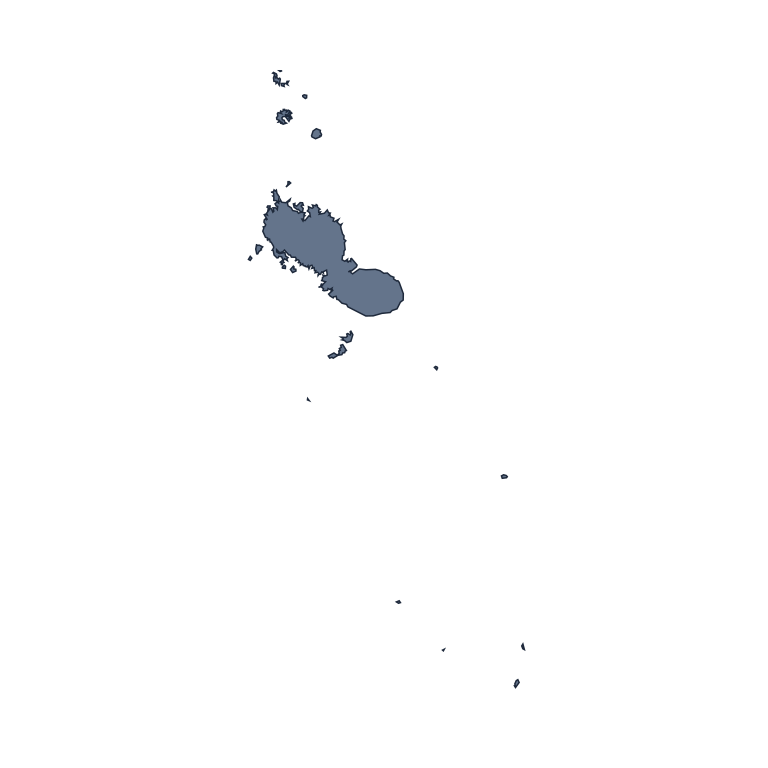 Kepulauan Sangihe, Sulawesi Utara, Indonesia (orthographic projection), rotated 159°
{"feature_id": "22746128B28296608330436", "entity_name": "Kepulauan Sangihe", "entity_type": "district", "adm_level": 2, "iso_a3": "IDN", "parent_name": "Indonesia", "parent_adm1": "Sulawesi Utara", "projection": "orthographic", "projection_center": [125.547, 3.902], "detail": "fine", "context": "isolated", "style": "filled", "palette": "slate", "viewbox_px": 768, "rotation_deg": 159, "n_neighbors": 0, "source": "geoboundaries", "source_scale": "gbopen_adm2", "svg_char_len": 6170}
<svg xmlns="http://www.w3.org/2000/svg" viewBox="0 0 768 768"><g transform="rotate(159 384 384)"><path d="M368.1,548.3L369.8,552.0L367.3,554.0L372.0,553.3L373.2,554.4L371.3,556.7L374.2,559.3L373.8,561.0L375.1,561.2L372.9,562.8L374.4,563.7L374.6,566.8L378.4,564.8L383.6,565.7L381.6,567.4L383.4,567.7L382.7,569.7L381.1,570.1L382.7,573.0L382.2,574.7L383.0,575.8L384.0,574.8L386.7,576.7L386.7,574.1L388.2,573.8L391.0,576.6L391.7,574.1L393.6,573.0L392.0,570.6L392.8,566.7L393.9,567.9L399.2,564.9L400.2,566.0L401.2,565.1L401.6,567.4L400.0,566.9L398.5,569.3L397.4,569.4L398.2,570.6L396.3,572.1L400.0,574.1L402.7,574.0L403.1,576.0L407.1,578.7L407.5,581.9L409.7,584.6L409.5,586.8L408.8,588.2L406.5,588.6L405.3,590.2L410.7,588.4L414.3,590.3L414.7,593.0L415.2,592.0L417.3,591.9L417.6,590.7L418.6,592.2L421.2,591.3L420.8,588.7L419.6,587.9L421.1,585.1L421.7,587.1L424.5,588.3L424.9,584.8L426.2,584.2L426.4,588.3L427.5,588.6L432.5,585.4L432.4,583.6L433.8,585.0L435.1,585.0L434.1,579.7L434.9,579.5L435.1,580.9L437.0,580.1L438.1,578.1L437.4,575.0L439.0,573.6L440.4,574.0L440.5,572.4L442.4,570.1L442.1,563.5L440.4,562.1L441.3,560.4L440.9,559.7L440.0,560.7L438.9,560.3L439.4,557.4L438.5,556.8L437.8,552.2L438.2,550.7L440.5,548.9L439.6,548.4L440.4,543.8L438.7,540.0L437.5,539.8L436.5,540.9L434.0,539.5L433.9,536.0L437.1,534.9L436.5,534.3L437.0,532.3L436.1,531.8L435.3,533.3L433.8,533.3L434.3,534.9L432.0,536.6L430.0,533.8L429.9,535.7L428.3,536.4L429.9,538.5L429.5,542.3L435.0,543.2L436.9,545.8L436.1,547.9L434.2,543.8L431.0,543.8L428.9,544.8L426.6,538.6L425.2,537.9L425.0,535.6L421.2,534.0L421.1,531.9L423.0,530.6L419.9,531.0L419.2,530.1L419.0,529.1L421.1,527.7L419.9,528.1L418.6,527.1L419.6,524.8L416.8,525.4L417.0,523.6L415.5,522.4L414.9,523.0L415.3,521.9L413.8,520.8L412.5,521.7L412.8,518.4L410.5,520.9L408.7,520.7L408.6,519.1L410.0,517.8L407.5,517.6L408.3,514.8L407.0,514.3L408.5,512.6L405.9,512.1L405.1,510.2L406.5,509.5L406.7,508.9L405.4,509.8L404.3,509.2L401.9,510.9L400.8,509.3L400.5,510.6L396.8,510.9L397.9,506.1L400.0,506.0L402.0,507.5L401.8,505.9L403.3,505.4L404.5,502.9L405.7,503.3L401.9,500.4L405.2,498.9L406.6,499.8L407.4,499.0L406.4,498.2L406.3,497.9L406.7,497.8L410.5,497.8L407.9,497.3L406.3,494.6L407.5,493.3L406.5,492.5L403.1,491.7L402.0,493.2L400.7,491.7L398.2,492.1L399.4,490.7L398.5,490.8L398.3,489.8L403.5,487.8L402.8,485.5L400.6,482.6L399.8,483.4L397.2,483.0L397.7,479.9L396.4,479.1L394.3,474.5L390.4,471.7L390.1,469.0L376.6,454.0L369.6,451.5L360.6,450.7L352.6,448.5L350.2,449.7L344.9,449.5L339.4,454.5L336.0,455.5L333.6,461.4L333.4,473.5L334.0,475.4L335.3,475.7L337.4,478.7L336.5,480.1L339.2,482.6L341.1,486.4L344.5,487.4L347.1,491.2L350.9,494.1L359.9,497.1L365.8,500.2L373.8,498.1L374.9,499.7L375.1,501.7L377.2,501.4L375.2,501.8L374.6,501.7L374.9,501.1L373.7,501.2L367.8,503.2L366.5,504.7L369.3,512.8L370.1,512.8L371.2,510.3L372.4,511.4L373.8,510.7L374.5,511.8L373.4,513.5L376.6,512.6L378.6,515.0L376.8,518.5L375.3,518.7L373.7,522.4L372.1,523.4L370.3,530.2L368.3,531.4L369.6,533.7L368.2,536.6L368.9,538.9L368.4,544.6L367.8,547.0L366.1,548.5L368.1,548.3ZM385.1,662.7L381.6,662.5L382.9,664.2L382.6,665.9L384.2,667.2L383.9,669.1L382.7,669.8L380.3,669.2L378.6,663.3L376.8,665.0L374.8,664.9L374.7,666.3L377.1,666.5L374.6,668.0L376.7,667.8L379.6,669.0L379.4,670.7L376.3,669.0L373.0,669.9L373.5,671.1L375.8,671.0L374.0,672.5L375.2,673.9L376.6,673.1L377.7,672.9L376.8,674.6L378.5,675.0L378.4,676.0L379.7,676.4L380.0,675.2L381.6,674.8L382.7,675.9L383.4,674.9L382.8,673.2L385.6,675.3L386.6,674.7L387.1,672.2L388.9,671.1L389.2,669.4L387.1,667.5L388.9,666.4L386.6,665.9L387.0,664.5L386.1,663.8L385.5,664.5L385.1,662.7ZM416.6,427.3L412.8,426.5L411.4,427.8L409.5,427.3L408.4,428.7L407.1,428.7L408.4,435.6L410.6,435.7L410.8,433.5L413.0,433.1L412.8,431.1L414.4,431.0L414.9,428.6L417.3,427.7L419.6,430.9L426.0,430.1L425.4,427.6L423.0,427.6L422.2,426.3L416.6,427.3ZM360.0,637.5L355.1,637.7L354.9,638.6L353.7,638.1L352.9,639.4L353.3,642.2L352.5,643.6L355.7,646.6L359.6,645.6L362.7,641.7L362.7,640.5L360.0,637.5ZM403.9,436.0L399.6,435.8L395.4,441.2L396.0,445.2L397.0,444.8L396.8,443.2L397.9,441.9L399.7,444.1L400.9,444.0L401.1,441.7L402.7,441.1L407.3,443.1L405.9,441.1L406.0,440.2L407.3,440.2L405.3,438.8L403.9,436.0ZM401.4,577.8L400.4,575.3L398.4,573.9L396.5,576.9L397.6,579.8L396.4,580.5L395.2,579.8L395.1,582.4L397.3,583.4L401.8,581.3L403.3,583.1L402.5,584.5L404.1,584.6L404.6,581.2L402.3,577.8L401.4,577.8ZM418.9,593.8L417.5,591.8L414.7,596.3L415.6,600.4L415.0,603.6L416.3,603.1L417.1,604.6L418.3,603.2L420.8,603.5L419.3,602.9L418.7,601.3L419.5,599.4L420.5,599.4L419.8,598.1L421.1,594.9L418.9,593.8ZM456.2,551.1L455.3,550.7L453.1,552.6L450.4,553.2L450.6,554.1L448.1,555.5L450.8,558.4L453.3,558.9L452.7,560.3L455.4,555.9L456.2,551.1ZM375.2,704.0L374.7,700.6L371.5,705.8L371.8,706.9L373.3,706.6L374.1,708.3L375.6,708.6L375.2,709.8L374.5,708.7L373.4,710.1L373.3,712.0L375.5,714.5L376.5,714.1L375.4,713.2L375.5,711.8L377.5,709.4L378.3,706.0L376.5,705.2L377.1,703.2L375.2,704.0ZM429.4,520.8L425.7,521.0L425.2,522.7L427.0,523.8L426.0,525.6L426.4,526.5L430.3,524.5L429.4,520.8ZM370.0,53.5L364.8,56.9L365.0,60.0L366.8,59.7L369.3,57.2L369.6,55.4L370.4,55.5L370.0,53.5ZM303.2,252.6L302.1,253.3L302.7,254.8L304.9,256.4L307.3,256.1L307.4,253.6L303.2,252.6ZM355.1,678.7L353.7,678.9L352.7,681.2L354.9,682.6L356.5,682.4L356.8,681.4L355.1,678.7ZM404.9,603.0L399.1,605.1L400.0,606.9L401.1,607.3L402.2,604.7L404.9,603.0ZM434.7,527.2L433.7,529.3L434.6,530.6L437.1,529.5L437.3,528.6L434.7,527.2ZM428.9,589.7L430.1,587.8L427.7,588.9L426.5,591.0L428.7,591.9L429.8,591.0L428.9,589.7ZM349.3,90.1L349.3,87.1L348.1,85.7L347.5,91.5L349.3,90.1ZM331.0,381.5L329.7,378.4L328.2,379.8L328.4,380.9L329.5,381.9L331.0,381.5ZM465.9,548.9L464.6,547.3L462.3,548.9L463.1,551.1L465.9,548.9ZM449.0,174.1L447.0,174.0L447.5,176.2L450.5,176.1L449.0,174.1ZM372.8,699.3L370.6,697.6L370.6,698.7L368.5,700.0L372.2,701.4L372.8,699.3ZM367.4,699.5L367.1,698.3L366.7,697.9L366.9,698.8L364.5,700.8L366.1,701.3L367.4,699.5ZM424.7,114.6L424.2,113.6L422.8,114.8L424.7,114.6ZM369.0,713.0L366.9,712.9L369.6,714.0L369.0,713.0ZM461.2,396.6L459.8,395.3L460.5,397.8L461.2,396.6Z" fill="#64748b" stroke="#1e293b" stroke-width="1.5"/></g></svg>